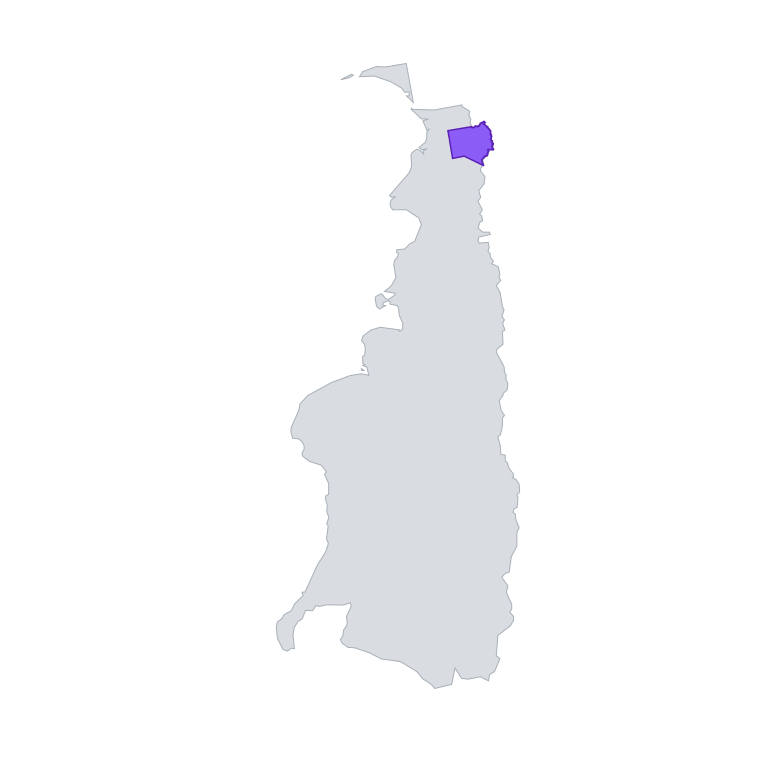 location of Lago Argentino, Santa Cruz, Argentina, rotated 168°
{"feature_id": "61730980B69433296380231", "entity_name": "Lago Argentino", "entity_type": "district", "adm_level": 2, "iso_a3": "ARG", "parent_name": "Argentina", "parent_adm1": "Santa Cruz", "projection": "natural_earth1", "projection_center": [-72.936, -49.654], "detail": "fine", "context": "in_parent", "style": "filled", "palette": "violet", "viewbox_px": 768, "rotation_deg": 168, "n_neighbors": 0, "source": "geoboundaries", "source_scale": "gbopen_adm2", "svg_char_len": 7794}
<svg xmlns="http://www.w3.org/2000/svg" viewBox="0 0 768 768"><g transform="rotate(168 384 384)"><path d="M476.1,231.8L471.6,239.5L472.4,244.6L468.1,256.7L469.1,259.1L465.7,264.9L466.5,271.1L464.7,277.1L465.2,284.6L463.9,286.9L461.1,287.5L458.8,298.0L460.8,308.1L458.6,310.1L462.1,317.5L473.1,323.8L478.6,330.4L478.7,333.1L475.5,337.2L475.0,340.6L476.5,345.3L479.2,348.2L484.6,349.9L485.0,356.5L483.9,360.7L472.9,375.7L470.3,382.1L460.4,388.8L435.0,396.4L415.4,399.3L404.2,398.7L397.0,395.7L397.3,404.1L400.8,406.5L398.9,406.7L400.4,408.2L399.3,415.1L396.9,416.4L395.0,422.1L394.9,427.1L397.0,431.1L394.6,435.2L386.0,439.4L376.0,440.3L357.7,433.8L358.4,432.7L357.5,432.3L354.4,433.6L353.0,439.3L354.8,448.0L353.9,455.6L355.0,458.1L361.6,460.9L361.0,464.0L363.2,464.3L368.0,463.6L368.7,461.2L366.2,460.3L372.8,458.3L375.1,461.5L375.0,469.2L373.8,471.3L368.7,472.7L367.3,472.4L364.6,466.9L362.2,465.8L354.9,468.7L354.0,470.4L364.4,474.4L356.5,478.5L350.2,485.7L349.6,499.0L348.0,502.7L343.7,506.1L342.9,508.6L344.3,510.1L343.6,512.6L335.5,511.8L329.6,515.8L324.3,517.2L314.3,532.1L315.5,539.3L325.9,549.8L339.3,552.6L340.9,556.1L340.2,560.2L338.5,562.7L333.5,565.0L337.7,565.0L339.5,567.1L315.0,585.8L311.7,591.2L310.0,602.4L308.1,604.7L303.1,606.9L299.9,604.6L297.4,600.5L297.4,603.8L292.8,605.1L298.3,605.2L300.7,607.9L293.2,612.0L291.0,615.7L290.0,620.8L287.1,623.8L289.3,623.2L291.2,633.3L285.4,633.9L292.4,635.6L300.3,647.1L299.6,648.0L299.3,646.8L278.2,641.6L249.7,640.8L250.0,639.3L243.6,633.1L245.1,628.7L244.0,625.0L245.5,621.7L244.6,617.5L242.2,616.1L233.0,618.5L228.0,607.3L228.4,601.2L226.9,597.4L228.5,592.4L233.2,592.2L234.7,586.9L240.7,582.8L240.8,577.8L244.5,575.0L245.4,572.4L242.1,565.9L244.6,558.8L251.1,553.4L250.6,546.5L254.1,543.2L251.6,534.1L255.2,530.2L253.5,528.1L253.6,523.2L257.1,522.0L259.4,516.7L255.8,512.0L249.3,510.6L248.9,508.2L260.8,508.0L262.3,504.2L261.5,502.0L252.6,500.9L252.7,495.7L254.7,492.4L253.0,489.1L253.7,486.0L251.4,481.5L253.7,479.4L247.8,474.8L247.9,467.0L249.2,465.1L248.4,460.9L253.8,457.0L251.4,449.6L252.1,435.3L251.2,431.5L254.6,425.6L252.9,421.7L255.3,418.8L254.5,411.5L257.2,410.9L259.3,398.2L266.2,394.5L267.6,392.0L263.0,376.0L263.6,370.0L262.6,367.2L263.8,363.7L262.7,358.5L264.9,352.5L269.6,350.0L270.0,347.9L274.9,343.7L274.8,333.4L272.7,328.2L275.2,326.3L276.9,318.4L280.6,310.2L283.7,308.7L283.1,299.3L284.4,290.8L280.3,289.2L281.3,283.2L279.8,281.7L279.1,275.3L276.4,269.7L276.2,267.1L277.8,265.5L274.8,263.3L272.7,258.1L273.2,253.3L273.8,250.1L277.1,247.7L276.5,245.4L279.4,235.6L282.7,235.0L284.5,231.5L282.7,229.7L283.2,223.8L281.7,215.3L284.9,211.1L287.7,197.9L295.4,188.6L300.7,173.9L304.7,173.7L309.0,170.5L304.8,160.9L307.7,154.8L304.9,142.1L305.8,137.4L308.4,134.6L305.6,129.8L306.5,125.8L310.6,121.3L324.9,114.4L330.7,94.8L327.7,91.3L335.6,79.8L341.1,77.9L343.5,71.9L350.7,77.6L363.1,77.8L369.3,80.0L373.6,91.5L380.2,76.2L397.5,75.6L400.9,81.2L407.3,87.4L411.7,95.9L425.7,109.1L443.7,115.6L454.7,124.5L467.6,132.1L473.9,133.8L478.8,139.1L479.8,143.0L476.8,146.1L474.5,152.0L470.9,155.3L469.3,159.2L469.3,163.9L462.3,173.5L462.4,177.0L469.3,176.2L485.8,179.9L493.9,179.9L496.4,181.5L500.9,177.1L507.9,178.9L512.8,171.2L517.4,169.7L522.5,164.4L525.1,157.8L526.7,143.8L529.4,144.8L534.0,142.8L538.1,145.6L541.1,157.4L539.9,168.7L537.8,173.3L532.6,175.8L529.8,179.1L521.8,181.5L517.2,187.5L507.1,193.9L507.6,197.3L504.4,197.1L487.0,220.5L476.1,231.8ZM295.6,692.9L296.8,653.3L302.1,661.1L299.5,660.6L298.6,664.3L303.2,665.1L305.2,669.8L314.9,678.5L329.4,687.2L344.1,689.7L339.8,694.0L325.3,696.1L316.8,693.8L295.6,692.9ZM349.8,692.4L354.3,690.8L363.0,690.6L351.4,693.8L349.8,692.4ZM403.2,402.0L403.0,403.8L400.4,401.1L403.2,402.0Z" fill="#d9dde1" stroke="#a8b0b8" stroke-width="1"/><path d="M241.4,577.1L241.1,577.2L241.1,577.3L241.2,577.7L241.4,577.9L241.4,578.1L241.5,578.6L241.5,579.0L241.7,579.4L241.7,579.6L241.8,579.9L241.7,580.1L241.8,580.3L241.9,580.5L241.8,580.9L241.8,581.1L241.8,581.3L241.8,581.6L241.7,581.9L241.9,582.1L241.9,582.5L241.9,582.8L241.9,583.0L241.6,583.2L241.4,583.4L241.2,583.4L241.0,583.6L240.7,583.9L240.4,584.2L239.6,584.2L239.6,584.7L239.4,584.8L238.9,584.9L238.8,585.0L238.6,585.2L238.6,585.3L238.5,585.6L238.3,585.8L238.1,586.0L237.9,585.9L237.7,585.9L237.7,586.0L237.3,586.0L237.1,585.9L237.1,585.7L236.9,585.7L236.7,585.7L236.4,585.6L236.2,585.5L235.9,585.6L235.8,585.8L235.8,586.0L235.7,586.3L235.3,586.4L235.3,586.5L235.2,586.6L235.3,586.7L235.3,586.8L235.3,587.0L235.1,587.2L234.9,587.3L235.0,587.4L235.1,587.6L235.1,587.8L234.9,587.8L234.7,587.9L234.7,588.0L234.4,588.4L234.3,588.5L234.2,588.7L234.3,588.8L234.2,589.0L233.9,589.1L234.0,589.3L233.7,589.4L233.5,589.7L233.1,589.9L233.0,590.1L233.1,590.4L233.0,590.7L233.1,590.9L233.0,591.0L233.2,591.4L233.2,591.6L233.4,591.5L233.7,591.6L233.7,591.4L233.9,591.3L234.0,591.4L234.2,591.6L234.5,591.7L233.1,591.6L228.4,590.3L228.3,590.7L228.0,591.1L228.0,591.4L228.0,591.6L228.4,591.8L228.5,591.9L228.6,592.1L228.9,592.1L228.9,592.4L229.1,592.4L229.2,592.5L229.1,592.8L229.0,593.0L228.9,593.3L229.0,593.6L229.0,593.9L228.9,593.9L228.5,594.0L228.4,594.1L228.3,594.3L228.2,594.4L228.1,594.5L228.3,594.8L228.2,595.1L228.4,595.3L228.5,595.5L228.3,595.6L228.2,595.7L228.2,595.8L227.8,595.8L227.5,595.8L227.4,595.8L227.4,596.3L227.2,596.5L227.3,596.6L227.3,596.8L227.4,597.0L227.6,597.1L227.9,597.2L228.1,597.3L228.3,597.6L228.4,597.9L228.5,598.0L228.5,598.3L228.5,598.5L228.0,598.8L227.9,598.8L228.0,599.2L228.0,599.4L227.8,599.5L228.3,599.8L228.4,600.1L228.5,600.3L228.7,600.5L228.8,600.6L228.7,600.7L228.5,600.8L228.5,601.0L228.8,601.2L228.3,601.5L228.1,601.6L228.0,602.2L228.1,602.3L228.0,602.6L227.8,602.9L227.7,603.2L227.3,603.5L227.2,603.6L227.3,603.8L227.3,604.0L227.8,604.3L227.8,604.5L227.4,604.8L227.3,605.0L227.2,605.1L227.1,605.3L227.3,605.6L227.5,605.8L227.9,605.8L228.1,605.9L228.2,606.0L228.2,606.3L228.1,606.5L227.8,606.8L227.5,607.1L227.4,607.1L227.4,607.3L227.7,607.6L227.7,607.8L227.6,608.0L227.4,608.1L227.2,608.4L227.2,608.6L227.1,609.0L227.3,609.1L227.1,609.7L227.1,610.0L227.4,610.3L227.6,610.3L227.8,610.3L227.9,610.6L228.0,610.8L228.3,611.0L228.4,611.3L228.4,611.5L228.3,611.8L228.2,612.0L228.5,612.2L228.7,612.3L228.8,612.5L228.9,612.8L229.1,612.8L229.1,613.0L229.3,613.2L229.4,613.3L229.3,613.5L229.1,613.8L229.5,613.9L229.9,613.9L230.0,614.0L229.9,614.3L229.7,614.4L229.6,614.5L229.8,614.7L230.0,614.8L230.1,615.0L230.4,615.2L230.4,615.3L230.6,615.5L230.9,615.5L231.0,615.7L231.1,616.0L231.2,616.3L231.3,616.5L231.3,616.8L231.5,617.0L231.9,617.2L232.3,617.3L232.6,617.3L232.7,617.6L232.5,617.8L232.3,617.8L231.9,618.2L231.1,618.5L231.5,618.7L231.4,618.9L231.4,619.0L231.2,619.1L231.1,619.4L231.1,619.7L231.3,619.7L231.3,619.8L231.3,620.0L231.5,620.1L232.0,620.0L232.4,619.8L232.8,619.7L233.1,619.5L233.3,619.3L233.8,619.2L233.9,619.3L234.2,619.4L234.3,619.2L234.6,618.9L235.1,619.0L235.1,618.9L235.4,618.8L235.4,618.7L235.7,618.5L235.8,618.6L235.9,618.4L236.0,618.3L235.9,618.2L236.0,618.1L236.0,617.9L236.3,617.9L236.5,617.8L236.5,617.5L236.7,617.3L236.8,617.3L237.1,617.1L237.3,617.0L237.3,616.9L237.4,617.0L237.6,617.0L237.8,616.8L238.0,616.7L238.4,616.5L238.5,616.5L238.9,616.5L238.9,616.4L239.0,616.3L239.2,616.6L239.5,616.8L239.8,617.0L240.0,617.1L240.3,617.0L240.5,617.0L240.7,617.4L240.8,617.4L240.9,617.5L241.1,617.5L241.2,617.4L241.1,617.2L241.2,616.9L241.3,616.9L241.5,616.7L241.6,616.4L241.9,616.3L242.0,616.3L242.3,616.1L242.6,616.0L242.9,616.3L243.4,616.3L243.5,616.4L243.5,616.6L243.9,616.5L244.0,616.5L244.3,616.3L244.5,616.4L244.5,616.5L244.6,616.9L244.9,617.0L245.1,616.9L245.2,617.0L245.3,617.1L245.3,617.3L245.2,617.4L245.2,617.5L256.6,618.0L268.8,618.5L269.1,611.9L268.9,611.8L269.1,609.0L269.2,608.9L270.0,590.4L258.2,590.2L241.4,577.1Z" fill="#8b5cf6" stroke="#5b21b6" stroke-width="1.5"/></g></svg>